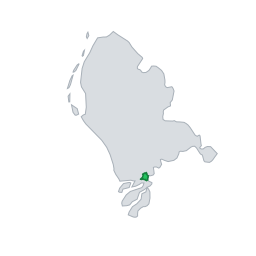 Roosendaal, Noord-Brabant, Netherlands shown in context, rotated 305°
{"feature_id": "6326949B28559348449199", "entity_name": "Roosendaal", "entity_type": "district", "adm_level": 2, "iso_a3": "NLD", "parent_name": "Netherlands", "parent_adm1": "Noord-Brabant", "projection": "orthographic", "projection_center": [4.432, 51.51], "detail": "fine", "context": "in_parent", "style": "filled", "palette": "green", "viewbox_px": 256, "rotation_deg": 305, "n_neighbors": 0, "source": "geoboundaries", "source_scale": "gbopen_adm2", "svg_char_len": 4060}
<svg xmlns="http://www.w3.org/2000/svg" viewBox="0 0 256 256"><g transform="rotate(305 128 128)"><path d="M158.2,215.8L154.3,215.7L150.6,215.7L148.7,215.4L146.6,214.5L145.6,212.7L144.4,210.4L144.7,209.0L148.1,204.9L148.6,203.8L148.2,203.2L148.5,201.5L151.0,195.5L151.3,193.1L150.1,191.5L148.4,190.5L142.9,188.8L140.3,186.4L139.0,184.2L137.8,183.6L136.0,184.4L131.5,185.3L127.8,184.1L123.5,180.1L122.4,176.4L121.9,173.6L120.8,172.6L119.3,174.1L117.5,176.4L113.9,176.7L112.8,176.2L112.6,174.9L112.4,173.7L111.4,172.2L110.3,171.4L105.7,175.6L104.0,175.6L101.9,174.0L100.8,172.4L98.4,173.3L96.3,175.2L97.0,178.9L95.9,179.6L93.2,179.3L90.3,177.7L87.0,176.8L81.9,174.3L74.9,176.3L70.1,173.8L66.0,173.5L63.6,171.5L60.9,168.1L62.8,166.0L64.7,165.2L72.1,164.9L77.4,166.3L87.1,173.5L89.5,173.5L92.1,172.6L90.8,170.6L88.4,169.7L84.8,167.7L81.9,165.0L88.7,164.1L87.7,162.7L86.9,160.3L79.8,151.9L81.1,149.6L82.9,144.8L85.1,140.8L86.8,139.7L89.7,136.8L96.0,128.5L100.0,121.6L102.9,113.5L107.1,91.2L108.4,87.4L110.4,83.2L113.0,83.9L114.8,85.1L121.1,81.9L131.9,73.5L135.0,66.3L138.1,63.0L150.4,56.3L157.2,54.2L167.7,53.5L175.3,52.1L184.4,51.4L188.1,55.3L190.2,58.1L193.5,59.6L198.6,60.6L198.5,66.3L199.0,77.7L198.7,79.8L196.6,84.7L194.5,93.4L194.0,99.1L193.3,100.2L183.6,100.5L182.2,101.5L182.0,102.8L182.6,104.2L182.4,105.7L181.7,106.9L182.1,108.8L183.9,110.9L187.1,112.1L190.4,112.1L192.1,111.8L193.4,113.3L194.7,115.6L194.7,118.6L194.4,122.5L192.9,126.3L188.5,130.7L186.5,132.2L184.6,133.1L183.8,134.2L183.4,135.6L183.5,136.9L186.9,140.2L186.8,141.0L185.9,142.8L184.7,144.5L176.4,148.2L172.9,148.0L171.0,149.8L170.4,150.1L168.1,148.6L163.2,146.9L161.4,147.6L160.4,148.6L157.3,149.9L155.1,151.8L155.2,154.3L159.2,160.5L160.6,161.8L160.8,164.1L162.7,167.0L164.8,170.7L165.0,173.1L164.9,175.5L163.9,178.9L160.7,186.9L160.7,188.4L161.0,189.6L162.2,189.9L163.1,190.5L162.9,191.5L156.5,197.2L155.7,198.2L153.0,198.0L152.6,198.9L153.0,200.4L154.1,201.7L156.4,202.3L158.4,203.7L160.1,206.4L158.2,215.8ZM90.3,177.7L89.7,180.0L88.2,182.6L83.2,186.2L77.9,188.6L75.2,188.2L73.3,187.0L72.3,185.6L69.5,184.3L65.7,183.7L63.3,185.0L61.5,186.3L60.0,186.0L58.9,184.9L58.1,183.3L57.0,178.0L59.9,177.1L66.1,176.8L70.9,178.7L77.2,179.6L82.1,177.1L85.9,179.3L90.3,177.7ZM79.9,156.2L83.5,159.6L84.3,160.6L84.6,161.8L79.9,163.1L75.0,158.9L71.7,159.9L70.5,157.9L70.4,156.7L73.9,155.7L79.9,156.2ZM114.7,75.3L111.1,79.6L108.9,78.4L108.2,77.4L109.3,74.0L114.6,68.4L114.7,75.3ZM130.5,56.0L127.1,56.5L125.6,55.7L133.7,53.1L138.8,52.3L139.8,52.7L130.5,56.0ZM152.3,51.2L145.2,52.3L142.7,51.6L142.3,50.9L144.3,50.4L150.4,50.2L152.3,50.8L152.3,51.2ZM122.7,60.8L116.0,65.3L115.4,64.6L119.7,60.7L122.7,60.8ZM181.2,42.9L177.9,43.2L178.8,41.6L181.8,40.3L183.5,40.2L181.2,42.9ZM166.8,47.7L161.8,49.9L160.6,49.5L160.9,48.9L165.3,47.5L166.8,47.7Z" fill="#d9dde1" stroke="#a8b0b8" stroke-width="1"/><path d="M95.6,173.5L96.2,173.6L96.5,173.8L96.6,173.7L96.9,173.6L98.4,172.8L98.5,172.8L98.5,172.7L98.8,172.7L99.0,172.7L99.3,172.6L99.4,172.4L99.5,172.4L99.6,172.2L99.8,172.2L100.0,172.2L100.2,171.9L100.4,171.9L100.3,171.7L100.6,170.7L100.5,170.4L100.6,170.2L100.7,169.8L100.9,169.8L101.2,169.8L101.2,169.5L101.3,169.5L101.3,169.4L101.4,169.2L101.5,169.1L101.4,169.1L101.5,168.9L101.5,168.5L101.5,168.3L101.2,168.2L101.3,168.3L101.2,168.3L101.1,168.2L100.9,168.2L101.0,168.2L100.8,168.2L100.7,168.1L100.6,167.9L100.6,167.7L100.6,167.4L100.2,167.2L99.9,167.1L99.7,167.2L99.4,167.0L99.2,167.1L98.9,167.0L98.9,166.9L98.7,166.9L98.6,166.7L98.5,166.8L98.4,166.8L98.4,167.0L98.4,167.3L98.2,167.4L98.0,167.5L97.9,167.6L97.3,167.7L96.9,167.8L96.6,168.0L96.3,168.1L95.9,168.2L95.5,168.1L95.1,168.0L93.8,167.7L93.8,167.8L93.7,168.0L93.4,168.0L93.6,168.3L93.8,168.5L94.0,168.6L94.2,168.9L94.1,169.0L94.3,169.1L94.5,169.2L94.7,169.3L94.6,169.5L94.8,169.7L95.0,169.7L95.0,169.8L95.1,170.0L95.0,170.5L95.0,170.8L95.1,171.0L95.3,171.3L95.5,171.4L95.7,171.5L95.8,171.6L95.8,171.8L95.8,172.1L95.7,172.2L95.5,172.3L95.4,172.3L95.4,172.6L95.5,172.9L95.6,173.5L95.6,173.5Z" fill="#22c55e" stroke="#15803d" stroke-width="1.5"/></g></svg>